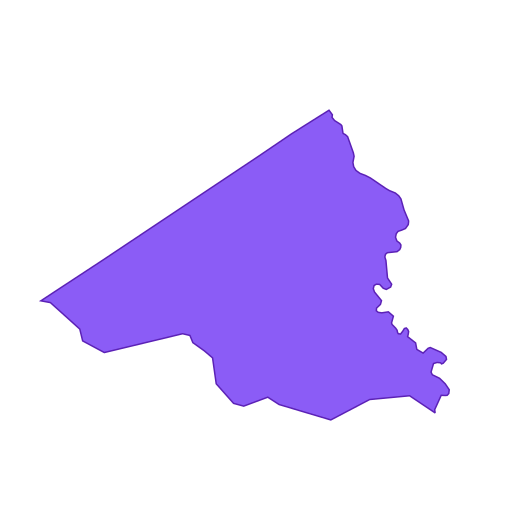 Richmond, Georgia, United States of America, rotated 7°
{"feature_id": "52423323B1751844526398", "entity_name": "Richmond", "entity_type": "district", "adm_level": 2, "iso_a3": "USA", "parent_name": "United States of America", "parent_adm1": "Georgia", "projection": "albers", "projection_center": [-81.966, 33.386], "detail": "fine", "context": "isolated", "style": "filled", "palette": "violet", "viewbox_px": 512, "rotation_deg": 7, "n_neighbors": 0, "source": "geoboundaries", "source_scale": "gbopen_adm2", "svg_char_len": 1712}
<svg xmlns="http://www.w3.org/2000/svg" viewBox="0 0 512 512"><g transform="rotate(7 256 256)"><path d="M117.2,370.3L192.6,342.1L200.1,342.9L203.9,349.7L216.2,356.4L225.3,362.4L232.1,387.7L251.7,405.0L262.1,406.5L284.9,394.7L297.0,400.6L350.2,409.6L386.3,384.6L425.5,376.0L453.1,390.0L452.9,389.8L452.1,386.7L456.8,371.7L460.7,371.4L462.7,371.0L464.1,369.0L464.1,365.2L459.4,359.8L453.1,355.0L445.5,352.4L443.9,349.9L445.3,341.1L448.7,339.6L452.2,339.5L453.3,340.5L454.9,339.6L457.7,335.4L456.8,332.6L451.6,329.1L440.1,325.6L438.1,326.6L433.7,332.0L427.0,329.1L425.0,322.8L416.3,317.6L416.6,315.5L416.7,312.4L415.6,310.5L413.9,309.1L412.1,309.9L410.8,312.8L409.0,315.8L406.7,315.8L405.8,314.6L405.1,312.5L403.4,310.6L399.4,307.4L398.7,305.9L399.7,299.0L394.2,295.3L387.7,297.1L384.1,297.0L382.1,295.7L382.0,293.0L383.5,291.2L385.4,288.9L386.0,285.0L378.0,277.3L376.4,274.1L376.8,270.9L378.9,269.3L382.2,269.1L386.2,272.5L389.4,273.3L393.4,270.4L394.1,267.5L389.2,261.8L385.5,244.6L384.0,241.3L384.3,238.5L386.0,236.7L389.5,235.9L395.5,234.5L397.9,232.1L398.6,229.8L398.5,227.4L397.1,225.7L394.0,223.9L392.2,220.4L392.5,216.8L394.0,214.2L397.4,212.6L401.0,210.5L403.3,206.3L403.3,204.2L403.2,202.6L397.3,192.2L393.2,182.4L392.9,181.7L390.4,178.9L386.6,176.5L380.4,174.8L376.7,173.2L369.5,169.5L360.0,164.6L354.8,162.7L349.1,161.3L344.8,158.9L342.1,155.5L340.8,151.4L341.2,145.1L340.0,141.6L332.4,126.4L330.0,124.7L327.7,123.8L327.3,123.3L325.4,116.4L324.2,115.2L323.8,115.0L317.5,112.0L314.6,109.2L314.6,106.5L310.7,102.4L290.2,119.1L276.5,130.3L246.1,156.9L229.7,171.0L105.1,278.2L95.9,286.0L47.9,326.7L57.6,327.3L90.0,350.0L94.3,361.4L117.2,370.3Z" fill="#8b5cf6" stroke="#5b21b6" stroke-width="1.5"/></g></svg>